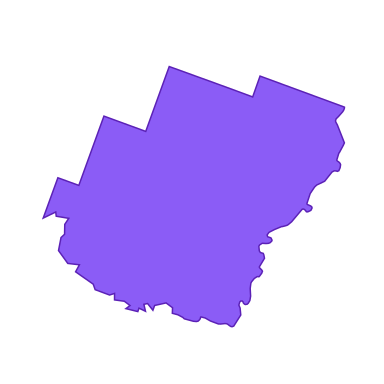 Tillman, Oklahoma, United States of America (Mercator projection), rotated 290°
{"feature_id": "52423323B26295572620292", "entity_name": "Tillman", "entity_type": "district", "adm_level": 2, "iso_a3": "USA", "parent_name": "United States of America", "parent_adm1": "Oklahoma", "projection": "mercator", "projection_center": [-98.992, 34.381], "detail": "fine", "context": "isolated", "style": "filled", "palette": "violet", "viewbox_px": 384, "rotation_deg": 290, "n_neighbors": 0, "source": "geoboundaries", "source_scale": "gbopen_adm2", "svg_char_len": 2045}
<svg xmlns="http://www.w3.org/2000/svg" viewBox="0 0 384 384"><g transform="rotate(290 192 192)"><path d="M233.2,83.3L159.5,83.4L159.5,61.1L116.6,61.1L126.6,70.8L122.8,72.7L125.1,85.2L118.1,83.5L108.7,86.7L104.4,84.5L91.3,86.6L82.4,99.7L85.1,111.1L77.2,109.9L71.6,130.7L67.1,134.4L67.0,149.8L70.2,153.9L64.1,156.1L66.2,165.8L64.1,172.6L59.8,169.8L61.1,182.0L64.7,181.9L64.0,189.1L70.0,185.2L72.0,188.4L67.5,195.7L72.6,195.7L78.9,205.6L76.6,213.3L71.3,215.0L71.8,220.8L71.0,226.4L70.2,228.1L71.0,237.5L71.8,240.5L72.7,241.9L74.3,242.7L75.8,243.1L77.4,242.9L77.7,243.3L78.1,247.5L77.1,253.4L77.0,261.9L77.7,264.0L79.6,267.9L80.0,269.3L80.0,270.6L79.2,273.1L78.9,274.8L79.2,275.9L80.3,277.1L93.1,279.9L99.4,276.9L101.8,274.7L105.0,274.5L105.9,274.9L106.3,275.2L106.7,276.6L106.3,277.4L105.3,278.2L104.6,279.6L104.5,280.6L105.4,282.2L106.7,282.9L109.8,283.5L114.2,282.7L121.2,279.7L126.5,278.5L128.0,278.7L132.0,280.1L134.6,282.0L135.1,282.9L135.2,283.8L135.5,284.1L139.5,285.3L141.7,285.3L142.7,284.0L143.6,282.0L144.2,281.1L144.7,280.9L154.5,282.8L157.5,281.0L158.7,279.9L158.5,277.0L159.7,275.4L163.8,273.4L165.3,273.6L167.8,275.5L168.9,279.2L169.8,281.2L170.9,282.6L173.0,283.7L174.1,283.7L175.8,282.0L175.9,281.1L175.8,278.6L176.5,277.8L177.4,277.3L179.9,278.0L180.0,278.0L180.8,278.5L185.1,282.5L190.2,288.1L190.5,288.9L192.3,291.5L193.3,292.8L194.3,293.6L198.1,295.8L213.4,301.4L214.0,302.2L214.1,303.2L213.7,304.5L212.6,306.2L212.6,306.9L213.3,308.0L215.4,310.0L217.8,310.3L218.8,309.9L219.5,308.4L219.7,304.9L220.0,304.2L220.7,303.9L231.0,303.6L238.6,305.5L241.2,306.8L247.5,313.0L258.6,316.7L260.2,318.1L260.7,318.8L261.1,320.5L261.1,321.5L262.2,322.7L265.4,322.9L268.5,322.3L269.6,321.3L270.5,319.5L270.7,318.3L271.2,317.3L271.7,317.1L278.8,316.7L279.4,317.0L287.6,318.2L290.3,318.4L304.8,305.6L306.9,303.2L308.0,302.5L310.0,302.4L313.2,303.9L319.1,306.2L321.2,306.6L323.2,306.5L323.9,306.2L324.2,216.3L302.1,216.5L302.2,179.5L302.1,127.7L292.2,127.7L233.1,127.8L233.2,83.3Z" fill="#8b5cf6" stroke="#5b21b6" stroke-width="1.5"/></g></svg>